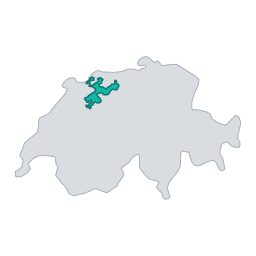 Solothurn on a map of Switzerland (Mercator projection)
{"feature_id": "CHE-3426", "entity_name": "Solothurn", "entity_type": "Canton", "adm_level": 1, "iso_a3": "CHE", "parent_name": "Switzerland", "parent_adm1": "", "projection": "mercator", "projection_center": [7.597, 47.288], "detail": "fine", "context": "in_parent", "style": "filled", "palette": "teal", "viewbox_px": 256, "rotation_deg": 0, "n_neighbors": 0, "source": "natural_earth", "source_scale": "10m", "svg_char_len": 5118}
<svg xmlns="http://www.w3.org/2000/svg" viewBox="0 0 256 256"><path d="M193.9,75.3L195.4,76.3L199.0,79.6L198.2,85.2L194.1,94.2L191.9,101.4L191.7,107.0L192.1,109.6L192.8,109.5L196.7,109.9L198.7,109.9L205.0,111.4L210.0,113.6L211.0,115.9L211.7,118.7L217.6,122.6L224.5,125.1L226.8,124.3L235.4,115.3L238.6,116.8L240.6,121.6L240.6,124.1L238.2,133.6L237.8,138.7L239.8,142.1L240.0,144.8L239.4,147.2L236.0,147.4L231.5,146.1L227.6,142.0L224.7,142.5L222.2,143.5L220.9,147.4L219.7,152.0L220.1,154.6L221.9,156.6L223.3,160.8L224.3,166.2L225.1,168.8L224.2,169.9L221.9,170.6L219.9,169.9L216.4,163.4L214.8,160.9L212.0,160.4L207.1,162.0L199.7,165.7L196.7,165.7L194.1,164.9L191.7,161.8L189.7,155.9L189.1,152.1L187.6,152.2L182.9,151.1L180.6,152.6L180.6,158.7L180.2,166.3L177.8,171.2L171.1,179.7L168.7,183.4L167.7,186.1L167.5,188.4L168.5,192.3L169.9,196.1L168.8,198.3L165.2,199.4L162.8,197.1L161.8,193.0L156.4,187.4L158.9,182.7L158.5,181.5L149.6,179.1L145.7,175.6L140.4,169.3L139.4,166.6L139.6,157.9L139.3,155.8L138.6,154.7L136.0,154.8L132.3,157.8L129.0,162.4L122.1,167.5L121.4,168.6L123.7,173.5L123.6,175.5L118.1,183.4L117.0,186.0L109.9,190.9L106.7,192.8L96.9,189.1L94.2,188.7L89.8,191.1L83.6,193.5L73.6,195.8L69.9,194.1L68.2,192.5L67.3,190.1L64.8,185.9L61.9,183.4L60.0,180.7L57.3,177.7L55.7,175.2L57.9,167.2L56.3,164.4L55.4,160.3L55.9,157.6L54.9,156.9L45.9,155.4L38.4,155.9L33.0,158.6L28.7,163.0L28.1,164.0L28.4,164.8L30.6,168.8L26.9,173.1L21.2,176.5L17.2,176.8L15.4,176.2L15.4,171.6L18.7,169.9L21.7,166.9L22.7,162.6L23.1,159.7L19.9,156.0L20.3,153.8L22.2,149.6L23.4,145.9L24.9,142.7L31.2,137.4L37.5,132.1L38.4,126.5L38.9,119.6L39.8,118.0L48.3,113.8L50.4,112.2L51.4,109.9L58.1,102.1L64.7,94.4L66.0,91.8L67.1,90.3L67.1,89.1L66.3,88.1L63.2,87.5L62.1,85.0L65.5,80.6L69.8,77.9L73.9,77.9L75.6,79.1L75.5,80.6L77.3,82.1L80.4,82.7L84.3,82.1L88.2,80.5L90.6,76.6L92.0,73.6L98.0,70.2L102.2,71.9L113.7,72.4L122.0,71.5L127.3,69.2L133.8,69.2L138.2,70.5L138.9,70.3L140.1,70.0L141.3,68.8L145.4,67.9L146.0,66.9L145.8,65.8L145.1,65.3L140.0,65.8L138.1,65.0L137.6,63.2L139.2,59.9L142.9,57.3L146.1,56.6L148.4,57.3L153.9,62.2L155.3,62.4L156.0,61.5L157.2,61.0L159.1,62.0L161.2,65.0L161.6,65.5L174.0,64.4L176.8,64.4L185.2,69.8L193.9,75.3Z" fill="#d9dde1" stroke="#a8b0b8" stroke-width="1"/><path d="M95.2,90.5L95.6,90.4L95.7,90.2L95.7,89.8L95.7,89.5L95.6,89.2L95.3,88.8L95.0,88.7L94.1,88.1L93.7,87.3L93.3,87.0L92.8,86.8L92.5,86.8L91.5,86.7L89.1,86.1L89.8,84.9L90.5,84.7L90.9,84.8L91.7,85.3L92.6,85.4L93.0,85.3L93.4,85.1L93.6,84.7L93.8,84.4L94.0,84.0L94.1,83.9L94.3,83.8L95.8,83.7L96.0,83.6L96.1,83.4L96.0,83.2L95.9,82.9L96.0,82.5L96.2,82.4L97.4,82.3L98.0,81.6L98.6,80.0L98.5,79.8L98.4,79.5L97.7,79.2L98.0,78.3L98.4,78.2L99.7,78.4L99.9,78.2L100.1,78.1L100.1,77.7L100.5,77.8L102.6,79.1L102.8,79.3L102.9,79.6L102.7,79.9L102.5,80.3L102.3,80.6L102.1,80.7L101.9,80.9L101.8,81.0L101.7,81.2L101.6,81.4L101.6,82.4L101.5,83.0L101.0,83.5L100.8,83.6L99.6,84.0L99.1,84.1L99.1,84.7L99.2,85.3L99.2,85.7L99.5,86.6L99.7,86.8L99.9,86.9L101.7,86.8L103.0,87.1L104.0,87.6L104.5,88.0L104.9,88.5L105.2,88.7L105.5,88.8L106.6,89.1L106.8,88.6L107.6,87.3L108.2,86.9L109.2,86.6L109.6,86.3L110.8,85.7L111.0,85.5L111.1,85.2L111.4,84.4L111.7,84.3L112.1,84.3L112.7,84.3L113.8,84.0L114.7,83.3L115.0,82.9L115.0,82.6L114.8,82.3L114.7,82.0L114.6,81.7L114.8,81.1L115.1,80.3L115.9,80.4L116.3,81.0L116.4,81.4L116.3,81.6L116.4,82.3L116.7,82.5L117.0,83.5L117.2,83.8L117.6,84.3L118.1,84.5L118.7,84.7L118.8,86.1L118.4,87.0L117.9,87.8L117.2,89.4L116.8,89.7L116.4,89.9L113.2,89.4L112.8,89.2L112.4,89.2L110.2,91.2L110.0,91.4L108.8,93.8L108.4,94.3L106.7,94.7L106.2,94.5L105.2,94.9L103.9,94.8L103.3,94.5L101.6,92.4L99.8,93.2L96.4,93.7L97.1,94.5L97.2,94.8L97.3,95.3L97.4,95.9L98.3,97.0L99.2,97.4L100.0,98.6L100.8,99.9L101.0,100.5L101.1,101.0L100.9,101.4L100.7,101.6L100.3,101.8L100.0,102.3L99.4,102.8L99.1,102.9L96.8,102.8L95.5,101.9L94.9,102.0L94.2,102.7L92.9,104.6L92.2,105.2L90.8,105.9L90.6,106.1L90.6,106.4L90.9,107.1L91.0,107.4L90.9,107.8L90.8,108.1L90.4,108.3L89.5,108.6L89.1,107.6L89.0,106.9L88.9,106.9L88.5,107.0L87.1,107.4L86.9,107.3L86.6,107.1L86.3,106.4L86.1,106.1L86.0,105.9L85.9,105.6L86.0,105.3L86.2,105.2L86.7,105.4L87.1,105.3L87.6,105.5L87.8,105.5L88.7,105.2L89.1,105.0L89.1,104.6L89.0,103.9L89.1,103.6L89.4,103.1L90.0,102.6L90.4,102.8L90.7,102.9L91.0,102.8L91.6,102.4L91.8,102.0L91.6,101.7L91.4,101.6L91.2,101.4L91.1,101.0L91.0,100.1L90.2,100.2L90.0,100.4L89.6,100.7L89.2,100.8L88.9,101.1L88.5,101.5L88.1,102.0L87.7,102.2L87.1,102.3L86.8,102.3L86.7,102.2L86.8,101.9L86.7,101.6L86.4,100.8L86.3,100.5L86.0,100.4L85.5,100.2L85.2,100.0L85.1,99.8L84.9,99.4L84.7,99.1L84.5,98.5L84.6,98.2L88.4,96.5L88.3,95.9L89.3,95.0L90.4,94.6L90.9,94.2L91.5,93.6L91.9,93.2L92.3,93.0L93.9,92.5L94.4,92.1L94.7,91.8L95.0,90.6L95.2,90.5ZM90.6,78.5L91.3,77.8L91.4,77.7L91.5,77.5L91.5,77.3L91.5,77.2L92.3,77.1L93.3,77.5L93.7,77.6L93.8,77.9L93.9,78.1L93.9,80.1L90.7,80.7L89.9,80.7L89.7,80.4L89.6,79.8L89.5,78.1L89.9,78.4L90.6,78.5ZM86.6,82.1L87.5,81.7L88.2,80.8L88.5,81.2L88.5,81.3L88.8,81.5L89.3,81.5L89.5,81.7L90.0,82.5L90.0,83.0L89.2,83.5L86.4,83.6L86.6,82.1Z" fill="#14b8a6" stroke="#0f766e" stroke-width="1.5"/></svg>